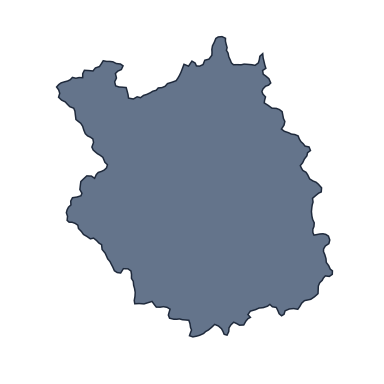 the district of Piranga, Minas Gerais, Brazil, rotated 259°
{"feature_id": "56859067B92965867058108", "entity_name": "Piranga", "entity_type": "district", "adm_level": 2, "iso_a3": "BRA", "parent_name": "Brazil", "parent_adm1": "Minas Gerais", "projection": "mercator", "projection_center": [-43.286, -20.626], "detail": "fine", "context": "isolated", "style": "filled", "palette": "slate", "viewbox_px": 384, "rotation_deg": 259, "n_neighbors": 0, "source": "geoboundaries", "source_scale": "gbopen_adm2", "svg_char_len": 4092}
<svg xmlns="http://www.w3.org/2000/svg" viewBox="0 0 384 384"><g transform="rotate(259 192 192)"><path d="M63.9,281.7L64.0,288.1L65.8,292.3L68.2,296.3L71.9,297.2L75.7,298.1L78.6,300.1L80.4,302.9L82.5,304.6L84.2,306.9L82.9,310.7L84.4,314.0L87.8,314.8L89.9,313.0L93.7,312.1L97.2,310.4L101.0,310.8L105.2,310.4L108.4,309.7L111.0,310.3L113.6,312.6L115.2,316.5L118.6,318.1L122.7,317.5L124.9,315.2L126.0,312.6L126.4,309.5L126.4,303.5L129.2,302.9L132.4,303.5L134.8,305.1L138.4,306.1L142.0,305.2L145.6,305.1L150.0,305.5L153.7,306.6L156.3,307.5L159.0,308.9L162.8,309.1L165.0,312.9L166.7,316.1L167.4,318.9L171.4,320.0L175.6,317.5L177.9,315.7L179.7,312.9L182.4,310.0L186.9,308.8L189.6,307.7L192.0,304.9L194.5,304.0L197.2,303.3L199.6,306.2L202.9,308.6L205.6,311.7L208.5,312.9L210.1,316.2L213.9,315.5L215.5,311.7L218.1,310.4L220.7,308.5L223.8,307.4L226.8,306.9L228.8,303.9L229.9,300.6L231.7,298.2L234.0,294.2L236.7,291.8L240.1,295.1L243.5,296.6L246.6,295.8L250.1,295.8L253.7,295.8L256.2,293.6L258.0,290.7L259.0,286.5L262.5,283.3L265.7,279.9L268.3,280.8L271.3,282.3L274.5,280.3L277.3,279.8L279.7,281.4L281.8,284.4L282.3,287.6L284.0,290.1L288.6,289.1L291.7,286.6L294.0,284.4L297.8,284.5L299.3,288.1L302.9,287.7L305.9,287.6L310.0,287.4L314.3,287.8L312.3,284.5L309.0,283.3L306.1,281.8L304.3,278.1L305.6,274.8L306.6,271.3L307.6,267.5L307.5,264.5L308.4,260.6L309.0,257.0L311.2,255.3L314.0,254.8L317.6,253.9L321.5,253.9L324.5,252.8L327.0,254.0L330.9,253.7L333.7,253.6L336.5,254.2L338.8,251.1L339.2,247.3L338.2,244.7L334.8,242.5L331.6,240.0L328.2,238.7L325.3,238.3L322.5,237.6L319.2,234.0L318.9,229.7L315.0,227.2L314.1,223.4L314.9,220.4L318.0,219.7L320.5,216.9L318.3,214.7L316.2,212.6L318.9,208.5L315.3,206.3L311.6,204.0L308.9,202.0L306.7,200.1L304.3,197.7L303.6,193.5L303.1,188.6L300.9,185.8L300.2,182.4L300.6,178.7L298.7,176.3L298.4,172.7L297.4,170.1L296.4,166.1L296.1,162.9L294.4,159.5L295.9,156.3L294.5,152.2L296.3,147.6L299.6,147.8L303.3,147.6L307.1,147.3L308.2,143.5L309.0,140.4L310.8,137.3L314.9,137.1L318.3,139.6L322.9,139.4L324.8,142.2L325.7,146.0L329.0,148.4L331.3,146.2L332.6,142.1L334.9,139.2L335.9,136.1L336.5,133.0L337.8,129.9L335.2,127.5L332.8,125.1L332.2,120.8L329.7,117.9L330.9,113.9L332.0,109.6L329.0,107.3L325.1,106.5L325.9,102.9L325.8,99.7L327.3,96.5L325.5,94.0L324.7,91.2L324.5,88.0L324.1,84.3L322.9,81.7L320.9,79.1L317.7,80.6L314.1,81.0L310.5,79.1L307.1,81.5L304.6,84.8L302.1,86.3L299.1,88.3L296.8,91.9L293.7,92.5L289.8,92.2L285.3,91.9L282.7,94.1L280.7,95.9L277.4,97.2L273.5,97.6L269.6,98.4L267.0,100.2L265.1,102.8L263.0,104.8L259.4,104.8L255.2,102.3L252.1,103.0L249.7,104.8L247.6,106.5L245.8,108.6L243.1,111.1L237.7,112.2L234.9,114.2L232.0,112.7L230.3,110.0L229.5,107.1L229.1,103.7L227.4,101.4L224.0,99.0L226.8,96.3L227.9,91.8L225.4,87.8L223.5,84.9L220.6,83.9L215.8,82.4L211.8,83.7L209.5,82.3L209.0,78.2L209.2,73.6L206.2,71.2L202.4,70.7L200.7,67.9L198.3,66.0L195.6,64.7L191.9,65.2L188.0,64.0L185.8,65.6L185.2,68.5L183.5,71.3L181.2,73.6L177.8,73.6L174.3,75.9L171.0,77.4L168.4,80.4L165.4,83.3L165.5,86.6L162.5,89.1L159.6,90.9L157.6,93.2L152.8,92.8L148.5,95.1L145.1,95.9L142.4,96.5L139.4,98.2L136.5,99.0L133.5,99.9L129.5,100.8L127.2,103.2L126.1,106.5L129.8,110.0L128.8,114.5L126.1,117.0L122.7,116.9L118.8,116.1L115.5,117.3L111.6,116.9L108.4,117.2L104.3,117.1L100.4,116.1L96.5,114.6L93.2,114.5L92.6,118.8L91.3,123.6L91.7,127.3L92.2,131.9L88.7,133.5L85.8,135.0L85.0,138.9L84.9,142.1L83.5,145.6L81.2,148.1L78.3,146.6L75.7,145.3L72.4,145.9L70.6,149.8L70.0,152.7L69.8,155.5L68.5,158.1L67.6,161.3L66.7,164.4L63.1,164.9L59.3,164.7L56.6,165.2L54.2,163.7L51.4,162.1L49.6,165.2L49.6,169.0L49.9,172.2L50.9,176.4L52.4,178.7L53.4,181.8L55.4,185.4L57.7,189.0L55.4,192.4L52.1,194.9L48.9,195.9L46.2,196.4L44.8,199.1L47.9,201.4L51.6,202.4L54.2,204.9L56.2,208.1L54.2,210.9L52.2,213.2L51.6,217.4L54.9,220.2L57.0,222.8L57.8,225.4L61.0,223.5L63.9,226.5L64.4,231.9L65.3,235.7L64.9,239.9L65.5,244.4L66.8,247.0L64.0,249.0L62.6,252.7L59.4,253.6L55.9,254.3L53.4,256.3L54.4,259.0L57.6,260.7L58.6,265.3L58.2,269.5L56.7,273.5L59.2,276.1L61.9,278.4L63.9,281.7Z" fill="#64748b" stroke="#1e293b" stroke-width="1.5"/></g></svg>